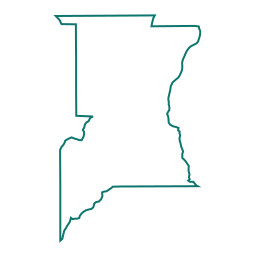 Primavera de Rondônia, Rondônia, Brazil (Albers equal-area conic projection)
{"feature_id": "56859067B52745918565634", "entity_name": "Primavera de Rondônia", "entity_type": "district", "adm_level": 2, "iso_a3": "BRA", "parent_name": "Brazil", "parent_adm1": "Rondônia", "projection": "albers", "projection_center": [-61.3, -11.908], "detail": "fine", "context": "isolated", "style": "outline", "palette": "teal", "viewbox_px": 256, "rotation_deg": 0, "n_neighbors": 0, "source": "geoboundaries", "source_scale": "gbopen_adm2", "svg_char_len": 1748}
<svg xmlns="http://www.w3.org/2000/svg" viewBox="0 0 256 256"><path d="M61.5,24.1L75.9,24.3L76.0,47.4L76.1,58.7L76.1,81.5L76.1,92.8L76.2,104.3L76.3,115.8L93.0,116.5L90.2,117.9L89.4,119.6L88.4,121.3L86.5,122.3L84.9,124.5L84.2,127.6L82.8,129.9L83.9,131.6L84.2,133.9L83.5,136.7L81.6,140.2L79.3,140.1L76.8,139.2L74.3,138.5L71.6,137.4L68.6,138.7L66.5,139.8L65.1,140.9L64.5,143.0L63.0,145.3L61.4,147.1L60.1,149.9L60.3,186.9L60.3,240.6L62.3,238.9L63.1,235.4L64.2,230.8L65.9,228.1L67.0,226.1L69.1,223.0L70.0,221.3L70.9,217.8L72.5,219.1L74.8,218.7L77.1,218.7L79.2,218.1L79.8,215.9L81.5,213.6L83.5,211.8L86.1,210.2L91.6,208.8L93.4,207.1L94.3,203.5L96.0,202.1L98.9,201.5L101.2,199.1L102.4,196.1L102.1,192.4L103.9,191.6L106.5,191.3L108.8,189.7L111.0,188.3L112.8,186.7L120.2,186.5L197.7,186.2L196.0,185.2L194.7,183.5L193.3,181.8L189.9,181.8L188.2,180.6L189.7,179.3L188.9,177.2L189.5,174.5L188.6,171.0L188.6,168.1L188.8,166.0L187.0,163.4L185.9,161.6L183.9,159.4L182.3,158.0L182.3,153.9L183.1,151.5L181.2,146.5L180.5,143.2L179.7,140.6L179.5,138.2L180.2,135.3L179.5,133.4L179.6,131.5L178.1,130.3L178.5,127.9L175.6,126.9L172.7,126.2L170.0,124.5L168.7,122.5L168.5,119.1L168.2,116.6L167.1,113.9L167.9,112.2L169.3,110.0L169.4,107.0L168.7,104.4L168.8,102.1L168.4,99.9L168.4,98.0L169.3,94.0L169.9,91.4L170.3,89.6L170.7,86.5L172.5,82.5L175.7,79.7L177.9,77.9L179.1,76.5L180.1,74.5L181.6,71.2L182.2,68.8L182.3,66.1L182.1,63.3L182.4,61.4L183.0,59.3L184.6,55.8L185.8,52.9L186.7,51.1L189.1,47.8L190.8,46.3L192.4,45.5L196.5,43.4L198.0,41.6L199.1,38.4L200.0,35.1L200.2,33.0L200.2,30.8L199.3,29.0L198.8,26.5L194.7,25.9L151.5,26.3L152.1,22.9L152.6,20.9L153.4,17.9L154.8,15.4L55.8,16.0L57.5,17.8L59.7,20.1L60.6,22.3L61.5,24.1Z" fill="none" stroke="#0f766e" stroke-width="2"/></svg>